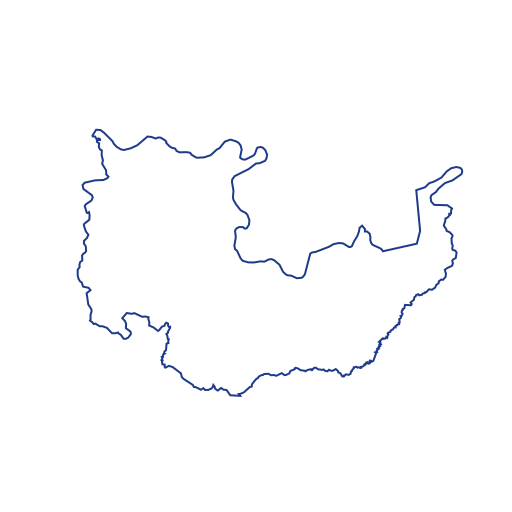 Talensi, Upper East, Ghana, rotated 197°
{"feature_id": "2480657B26285365473669", "entity_name": "Talensi", "entity_type": "district", "adm_level": 2, "iso_a3": "GHA", "parent_name": "Ghana", "parent_adm1": "Upper East", "projection": "albers", "projection_center": [-0.74, 10.642], "detail": "fine", "context": "isolated", "style": "outline", "palette": "blue", "viewbox_px": 512, "rotation_deg": 197, "n_neighbors": 0, "source": "geoboundaries", "source_scale": "gbopen_adm2", "svg_char_len": 6089}
<svg xmlns="http://www.w3.org/2000/svg" viewBox="0 0 512 512"><g transform="rotate(197 256 256)"><path d="M75.5,278.1L75.1,281.1L73.4,283.3L73.8,285.1L71.9,287.7L70.2,287.9L68.6,291.6L69.1,294.5L71.4,297.9L69.9,300.1L65.7,303.9L65.5,306.4L66.9,308.7L66.7,309.9L64.4,312.6L65.2,318.0L67.0,319.4L69.4,319.3L70.4,320.1L71.0,323.6L72.5,325.4L74.2,330.1L73.8,332.2L74.4,333.5L77.9,335.4L81.0,335.7L81.8,337.1L85.3,340.0L85.3,345.1L85.8,347.2L84.7,348.1L83.4,349.9L83.3,351.4L82.7,351.7L83.5,352.9L81.9,353.6L82.8,356.9L82.4,358.7L87.8,360.5L100.5,357.0L104.3,359.2L106.2,363.1L106.0,365.5L102.7,369.7L101.2,373.7L97.5,379.7L96.1,381.4L90.4,385.6L83.4,394.4L83.4,396.9L84.0,398.1L84.8,399.2L86.4,400.0L90.4,399.7L94.9,397.1L98.4,392.6L101.6,385.2L107.4,379.3L111.6,376.3L114.4,371.2L122.0,365.8L106.4,328.0L105.8,314.8L136.1,297.6L137.7,299.1L139.7,299.7L147.8,300.8L149.7,302.2L151.5,304.8L151.9,307.1L153.8,310.5L156.9,311.9L159.0,311.3L159.7,313.6L163.4,316.0L165.2,313.2L164.7,309.5L164.9,304.8L166.5,298.7L167.2,293.4L168.2,292.3L169.7,291.8L176.4,293.5L180.6,292.6L185.2,290.1L189.2,285.9L200.5,277.1L203.3,275.9L204.8,274.1L203.9,252.7L205.1,249.6L206.2,248.4L210.4,246.7L216.6,247.5L220.0,246.8L222.0,247.1L225.5,248.8L231.0,254.5L237.2,257.2L240.1,257.6L242.7,256.5L246.4,253.0L250.1,252.2L256.1,249.2L261.3,247.7L267.3,247.5L270.0,249.2L275.6,255.4L278.0,256.4L279.7,259.5L280.8,268.0L283.4,274.0L283.3,275.1L282.6,276.8L280.7,278.7L277.1,279.8L274.7,278.9L273.0,279.8L271.9,283.9L272.8,288.4L276.2,292.8L278.3,294.1L283.2,295.0L285.1,295.9L290.6,299.9L294.1,303.3L295.1,305.2L296.7,312.0L300.6,319.7L301.1,322.2L299.8,326.1L288.4,337.0L283.1,344.4L279.7,345.8L275.2,349.6L274.5,352.3L275.0,356.2L278.1,360.0L280.9,361.5L283.2,361.7L286.0,360.3L286.6,359.4L286.9,353.2L287.9,351.2L294.5,345.0L296.9,344.5L299.5,345.1L300.1,345.8L300.8,353.6L303.1,357.3L305.9,359.2L308.5,359.8L313.9,359.9L315.1,359.4L319.3,356.2L322.5,348.3L324.6,346.4L328.8,339.2L334.4,335.2L340.5,332.9L342.2,332.7L346.9,333.9L349.3,335.5L352.7,335.0L359.5,332.8L362.6,333.2L364.8,335.1L368.3,334.9L371.2,335.8L375.0,338.0L375.3,339.2L376.7,340.0L381.7,341.3L383.8,340.9L386.4,339.0L390.7,339.3L394.7,338.5L402.0,327.1L407.4,322.3L413.4,318.7L416.3,318.5L421.1,319.6L424.7,321.7L426.9,323.9L437.3,329.4L441.5,331.0L445.8,330.0L447.6,323.4L447.1,322.6L444.8,323.2L442.7,321.2L440.7,322.5L439.4,322.1L439.1,321.3L441.8,320.6L441.6,318.7L438.9,317.9L438.3,314.5L436.5,312.4L434.3,311.9L433.1,307.3L430.4,302.8L430.0,299.1L424.4,294.1L423.1,290.3L420.3,288.8L420.9,287.0L424.1,284.1L432.0,281.3L441.3,276.0L442.6,273.1L440.6,269.6L430.7,266.2L429.2,264.2L429.6,260.9L433.9,255.6L434.4,253.7L430.5,247.9L429.5,247.9L428.5,249.1L427.1,246.5L426.0,241.9L429.6,236.7L429.7,235.1L425.8,229.7L422.5,227.3L422.9,223.8L424.9,220.2L424.2,217.6L421.7,215.6L419.9,211.2L420.4,209.3L422.1,207.2L422.4,205.4L420.8,200.9L422.4,198.7L422.3,195.9L421.4,193.9L422.5,190.8L420.9,185.4L418.9,182.1L416.8,180.3L414.9,179.7L412.4,176.2L406.7,176.6L404.3,174.9L407.1,170.9L402.2,160.6L397.7,156.8L397.0,154.6L397.1,151.6L395.7,147.1L395.9,145.7L393.2,144.8L391.3,143.5L389.8,144.4L384.9,143.1L382.5,143.9L377.6,143.7L371.2,140.1L368.3,140.8L365.5,142.5L364.7,141.7L362.4,141.2L358.4,138.2L357.4,138.4L355.9,139.0L354.3,140.7L352.8,144.8L353.9,147.0L359.3,148.9L360.3,153.0L362.2,155.4L365.7,157.5L362.9,163.7L357.8,164.4L355.7,165.8L347.1,164.6L344.1,165.8L340.8,166.0L340.7,164.6L338.6,161.3L337.9,158.3L333.0,157.7L327.9,155.7L327.1,156.4L325.3,160.9L323.1,162.6L323.0,164.5L322.3,166.0L320.4,165.7L319.7,163.7L318.7,162.8L317.5,163.3L317.1,162.3L318.1,157.7L317.7,156.8L318.9,155.2L317.5,153.8L316.2,150.9L315.1,150.9L314.9,148.0L314.3,147.1L315.9,146.0L314.5,139.6L315.6,137.9L315.6,135.7L315.0,135.7L316.0,134.6L315.6,132.9L316.4,132.1L315.7,131.9L316.1,131.3L315.5,130.3L316.0,128.9L314.8,128.7L315.0,127.3L313.9,125.1L311.6,125.5L311.0,123.3L310.1,122.7L307.1,125.5L303.2,125.4L293.4,121.8L291.7,118.7L289.6,117.4L278.6,114.2L277.2,112.6L275.1,113.0L269.6,112.0L267.6,114.2L265.5,113.0L262.4,114.0L259.8,116.4L259.1,118.0L259.1,120.2L257.5,119.1L256.4,117.3L253.8,116.2L253.1,116.2L250.8,119.6L248.3,118.7L244.9,119.2L239.9,115.3L230.3,117.6L232.1,119.0L230.6,119.6L227.7,122.1L223.6,128.9L221.9,129.9L222.4,132.1L220.7,136.5L219.6,138.9L218.5,139.7L218.2,141.3L216.3,143.4L214.4,144.4L213.9,145.4L209.8,147.0L206.7,146.4L204.0,147.4L201.6,147.4L197.1,151.5L193.9,150.4L192.4,151.1L189.8,153.5L189.5,156.1L185.9,159.0L186.1,159.9L185.4,160.7L182.9,160.7L180.0,159.8L175.5,160.6L175.1,160.2L173.1,162.3L170.9,163.5L169.8,163.9L169.5,163.1L169.0,163.2L167.8,165.9L166.3,166.7L163.5,165.8L159.3,166.5L158.0,167.3L156.7,166.4L154.0,166.6L153.0,168.5L150.9,168.2L149.1,168.7L146.7,171.2L143.8,169.9L143.3,168.8L140.8,168.4L138.3,166.1L137.0,166.3L137.0,167.2L136.4,167.2L135.6,169.0L132.3,169.6L131.1,171.1L131.4,173.4L130.6,174.1L130.7,175.1L129.6,177.3L130.0,178.1L127.8,179.4L126.3,178.9L125.5,179.6L123.5,179.4L122.7,180.0L123.1,180.6L121.0,182.1L120.5,184.4L119.9,185.1L119.5,184.7L119.3,186.2L118.8,186.0L118.5,186.8L117.5,186.1L116.7,187.0L116.3,186.3L115.9,186.6L115.7,187.8L116.6,188.2L116.6,189.2L115.4,189.5L114.3,188.8L113.1,190.1L112.7,198.3L113.7,198.7L112.1,199.6L113.0,200.6L112.4,201.7L112.9,202.6L111.8,202.9L112.1,204.0L111.4,204.1L111.4,205.0L112.1,204.9L111.9,206.0L111.3,206.3L112.0,206.9L110.7,207.9L112.0,208.7L111.5,209.4L111.9,210.0L113.2,210.0L110.8,214.2L110.2,213.9L109.5,214.7L108.5,214.6L107.6,215.7L107.7,216.5L106.6,216.2L106.9,218.4L106.4,219.5L107.5,220.5L107.2,221.3L105.4,222.6L105.5,223.4L104.8,225.0L103.8,225.5L103.0,228.0L101.6,228.5L102.1,229.9L100.9,230.8L101.0,231.5L99.2,232.6L99.3,233.6L100.0,234.0L99.3,234.9L100.6,237.5L99.6,238.6L99.4,239.6L100.1,240.8L99.4,240.9L98.9,243.5L100.2,244.5L100.5,246.6L99.7,247.7L100.1,248.2L98.9,249.5L99.2,252.8L93.4,254.2L93.1,255.6L94.6,256.7L92.2,260.3L92.5,262.9L91.6,263.9L91.4,265.6L89.5,266.9L88.6,266.1L86.1,267.3L85.7,268.7L83.8,269.9L83.7,270.8L82.5,271.3L80.9,274.7L77.8,275.2L75.5,278.1Z" fill="none" stroke="#1e3a8a" stroke-width="2"/></g></svg>